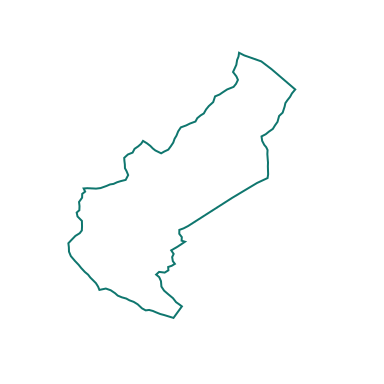 outline of Araçagi, Paraíba, Brazil, rotated 245°
{"feature_id": "56859067B93245396056078", "entity_name": "Araçagi", "entity_type": "district", "adm_level": 2, "iso_a3": "BRA", "parent_name": "Brazil", "parent_adm1": "Paraíba", "projection": "robinson", "projection_center": [-35.356, -6.871], "detail": "fine", "context": "isolated", "style": "outline", "palette": "teal", "viewbox_px": 384, "rotation_deg": 245, "n_neighbors": 0, "source": "geoboundaries", "source_scale": "gbopen_adm2", "svg_char_len": 2085}
<svg xmlns="http://www.w3.org/2000/svg" viewBox="0 0 384 384"><g transform="rotate(245 192 192)"><path d="M189.9,55.3L185.1,55.1L178.9,56.8L173.9,58.5L170.1,59.4L164.8,61.1L161.0,62.9L157.4,63.7L153.9,65.0L150.0,66.4L145.9,66.9L142.4,66.7L140.9,73.1L137.3,76.8L132.8,79.5L129.5,80.9L126.2,83.9L123.2,87.4L120.3,89.5L117.1,92.7L113.2,95.3L107.7,97.5L104.3,100.0L103.2,103.3L100.7,106.3L98.2,108.5L94.8,111.7L92.3,114.7L88.5,118.9L85.7,122.0L92.6,134.5L95.6,132.9L98.9,131.0L103.8,129.9L109.3,127.3L114.4,125.0L119.2,124.3L124.3,126.2L128.7,126.3L132.3,124.6L133.5,128.4L130.5,133.2L131.0,137.5L134.1,138.7L133.7,142.4L134.1,146.1L137.4,145.4L141.4,146.5L143.6,149.2L147.9,148.5L148.5,155.5L149.3,160.9L149.9,164.6L152.3,162.0L155.4,163.7L159.5,162.8L163.0,164.5L162.6,169.0L162.8,174.0L169.7,225.8L172.7,254.8L172.7,266.4L175.9,268.5L179.0,269.8L183.2,271.6L186.5,273.3L189.5,274.4L194.5,276.3L198.1,278.2L201.2,278.2L204.2,277.4L208.7,277.2L213.0,278.5L213.2,283.3L214.2,287.2L215.0,291.9L217.3,295.4L219.4,299.1L224.1,303.1L225.6,307.7L230.2,312.0L233.1,314.2L234.9,317.3L236.8,321.1L239.1,324.2L241.3,328.9L269.7,316.0L281.1,310.0L293.7,297.1L298.3,293.5L295.1,291.4L292.6,288.7L288.5,285.9L283.4,279.9L278.0,281.1L274.2,281.0L271.4,277.6L269.7,274.1L270.1,267.2L269.3,261.7L268.7,258.2L268.9,253.3L264.5,249.2L262.8,243.6L260.9,239.7L258.2,235.9L257.8,232.3L256.7,228.0L254.4,224.9L254.9,219.1L254.8,214.8L255.3,209.2L252.8,205.1L249.6,201.7L247.6,198.7L244.7,195.9L242.4,192.1L240.4,188.4L240.4,184.1L240.1,180.4L245.2,176.3L248.0,174.9L251.4,173.7L255.1,171.8L259.0,169.2L257.2,166.3L256.1,162.5L255.4,158.2L252.8,154.8L253.1,149.8L251.6,145.0L248.8,143.9L245.4,142.8L241.9,141.3L238.6,141.5L234.3,141.3L231.0,137.0L232.0,131.9L232.5,128.2L232.5,124.3L233.5,120.9L233.6,117.1L234.2,110.8L235.6,106.5L237.3,103.3L239.7,98.7L241.0,95.3L237.5,95.3L236.7,91.7L233.3,90.0L230.7,85.4L226.8,84.1L223.1,82.2L222.1,78.8L218.2,77.9L212.3,80.0L207.1,77.7L203.7,75.9L202.1,72.8L201.5,67.8L199.4,62.3L197.8,58.3L194.1,57.1L189.9,55.3Z" fill="none" stroke="#0f766e" stroke-width="2"/></g></svg>